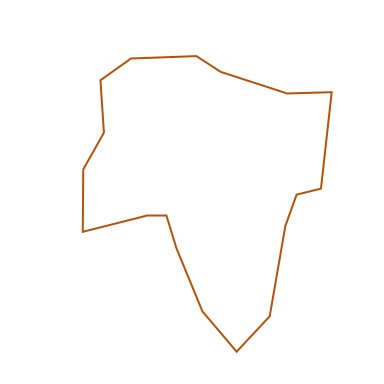 Saint Paul, Equal Earth projection, rotated 18°
{"feature_id": "ATG-5096", "entity_name": "Saint Paul", "entity_type": "Parish", "adm_level": 1, "iso_a3": "ATG", "parent_name": "Antigua and Barbuda", "parent_adm1": "", "projection": "equal_earth", "projection_center": [-61.766, 17.027], "detail": "fine", "context": "isolated", "style": "outline", "palette": "amber", "viewbox_px": 384, "rotation_deg": 18, "n_neighbors": 0, "source": "natural_earth", "source_scale": "10m", "svg_char_len": 384}
<svg xmlns="http://www.w3.org/2000/svg" viewBox="0 0 384 384"><g transform="rotate(18 192 192)"><path d="M313.6,148.9L292.3,162.2L291.3,195.6L304.3,286.2L283.8,330.1L238.8,302.3L194.4,250.1L175.0,222.3L156.5,228.3L100.4,263.6L81.6,204.1L89.9,162.8L70.4,114.0L92.7,83.9L154.2,61.4L182.2,68.9L252.1,68.9L294.0,53.9L313.6,148.9Z" fill="none" stroke="#b45309" stroke-width="2"/></g></svg>